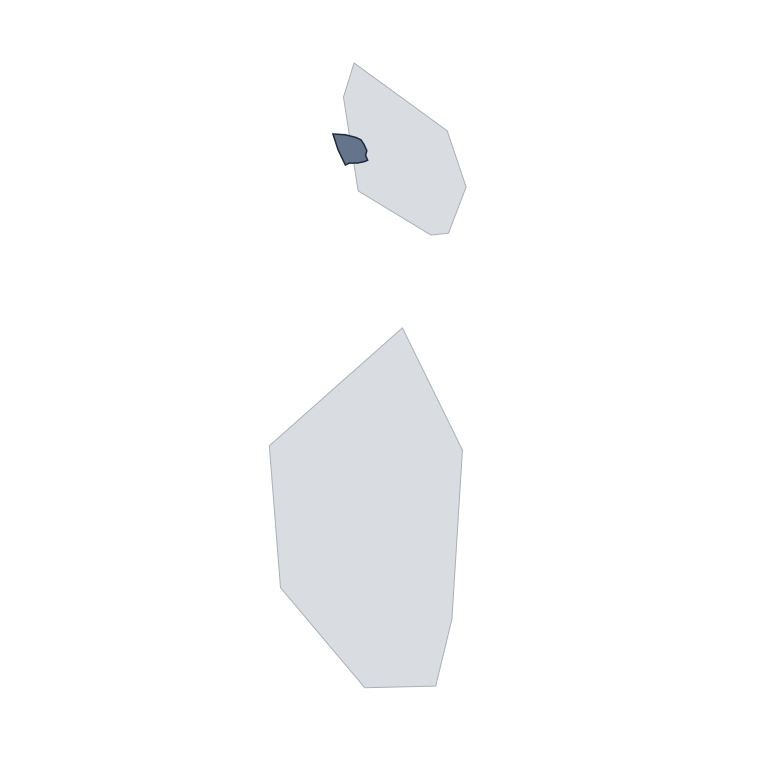 Munxar on a map of Malta (orthographic projection), rotated 49°
{"feature_id": "MLT-5984", "entity_name": "Munxar", "entity_type": "state/province", "adm_level": 1, "iso_a3": "MLT", "parent_name": "Malta", "parent_adm1": "", "projection": "orthographic", "projection_center": [14.23, 36.025], "detail": "fine", "context": "in_parent", "style": "filled", "palette": "slate", "viewbox_px": 768, "rotation_deg": 49, "n_neighbors": 0, "source": "natural_earth", "source_scale": "10m", "svg_char_len": 593}
<svg xmlns="http://www.w3.org/2000/svg" viewBox="0 0 768 768"><g transform="rotate(49 384 384)"><path d="M645.9,543.2L600.6,597.8L469.8,595.7L355.4,511.1L353.7,333.3L485.4,368.2L606.1,487.1L645.9,543.2ZM302.4,250.9L221.3,276.8L140.9,226.4L122.1,196.0L234.4,170.2L289.2,192.8L312.5,236.4L302.4,250.9Z" fill="#d9dde1" stroke="#a8b0b8" stroke-width="1"/><path d="M193.4,269.5L177.0,265.0L161.8,258.5L170.7,249.5L179.4,243.5L184.5,241.2L190.0,241.9L196.7,243.9L199.3,247.9L204.4,249.5L203.4,252.7L199.9,259.0L194.5,265.3L193.4,269.5Z" fill="#64748b" stroke="#1e293b" stroke-width="1.5"/></g></svg>